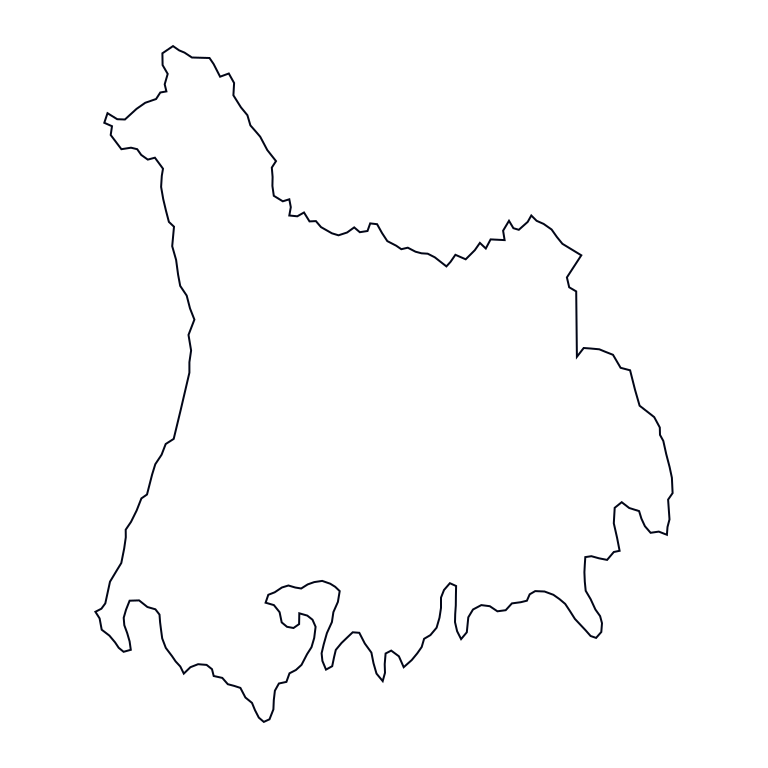 outline of Antônio Olinto, Paraná, Brazil
{"feature_id": "56859067B14097519009978", "entity_name": "Antônio Olinto", "entity_type": "district", "adm_level": 2, "iso_a3": "BRA", "parent_name": "Brazil", "parent_adm1": "Paraná", "projection": "equal_earth", "projection_center": [-50.135, -25.945], "detail": "fine", "context": "isolated", "style": "outline", "palette": "ink", "viewbox_px": 768, "rotation_deg": 0, "n_neighbors": 0, "source": "geoboundaries", "source_scale": "gbopen_adm2", "svg_char_len": 3912}
<svg xmlns="http://www.w3.org/2000/svg" viewBox="0 0 768 768"><path d="M619.6,550.8L617.1,537.9L613.8,523.3L614.7,507.8L621.7,502.2L629.2,508.0L639.1,511.1L641.4,518.6L644.9,526.2L650.6,532.8L658.8,531.6L666.9,534.8L667.5,527.0L669.5,519.4L668.1,499.6L672.6,493.1L671.9,477.8L669.6,467.0L666.2,454.0L663.3,440.9L660.0,434.9L659.8,427.5L654.2,417.1L639.6,405.7L635.0,389.7L630.1,370.3L620.6,367.8L613.0,354.8L605.1,351.7L599.3,349.3L590.5,348.5L583.7,348.0L576.9,356.8L576.2,291.4L569.2,287.3L566.9,277.4L581.3,255.3L562.4,243.8L556.9,237.0L551.6,229.5L543.6,223.9L536.6,220.8L531.3,215.5L527.7,221.9L518.8,229.8L513.4,228.2L509.0,220.8L503.1,230.7L504.6,240.1L490.6,239.4L485.8,248.5L479.9,242.9L474.8,250.2L465.7,259.3L455.4,254.8L450.5,261.9L446.4,266.4L434.8,257.3L427.7,253.7L421.5,253.3L415.5,251.7L407.8,247.7L401.3,249.2L396.2,245.7L387.3,241.1L382.0,233.0L377.1,224.2L370.2,223.4L367.5,231.0L359.8,232.2L354.2,227.4L347.1,232.5L338.5,235.3L331.9,233.3L321.0,227.1L315.9,221.1L309.5,221.4L304.0,212.5L297.3,216.3L289.3,215.5L290.8,207.2L289.3,199.3L282.8,201.3L273.8,195.8L272.4,185.9L272.6,177.0L271.8,167.6L276.0,161.1L267.3,150.1L260.2,136.7L254.8,130.4L250.4,125.4L247.4,115.2L240.9,107.3L233.4,95.3L234.1,83.0L228.8,73.5L220.1,76.7L213.6,64.0L209.5,58.0L191.9,57.5L184.5,52.6L179.2,50.4L173.0,46.1L162.4,53.3L162.6,65.1L167.7,73.9L164.7,84.3L166.4,91.4L160.3,92.5L156.1,99.0L145.2,102.8L136.5,108.9L124.9,119.5L117.2,119.2L107.5,113.2L104.3,122.8L112.0,126.2L110.7,135.0L121.4,149.2L131.0,147.7L137.2,149.2L141.2,154.9L147.8,159.6L154.9,157.7L163.0,168.7L161.8,175.8L161.1,186.9L163.2,199.0L166.0,210.8L168.9,221.9L174.0,226.7L172.2,246.2L176.1,259.9L178.1,274.7L180.2,285.9L186.7,295.6L190.0,308.4L194.4,319.6L188.5,334.9L191.1,350.5L189.4,362.2L189.4,372.7L180.8,409.5L173.7,438.9L165.7,444.0L161.6,454.7L155.3,464.2L152.1,474.6L147.0,494.5L141.4,498.4L136.6,510.6L131.0,521.9L125.7,529.7L125.8,537.3L124.2,548.4L121.3,563.0L116.9,570.2L110.0,581.7L105.3,603.4L101.4,608.7L95.4,611.8L99.6,618.4L101.7,629.7L109.4,635.6L115.1,642.4L118.7,647.8L123.6,651.8L130.8,649.8L129.6,641.4L127.2,633.1L124.3,625.2L123.7,617.8L126.0,609.8L129.6,600.7L139.1,600.4L147.4,607.0L155.4,609.3L159.5,614.6L160.1,622.4L161.0,629.5L162.2,638.4L165.8,647.9L172.0,656.1L175.6,661.4L180.3,666.5L183.8,673.6L190.4,667.2L198.1,664.2L206.6,664.9L212.0,669.2L213.7,676.0L222.3,677.9L227.8,684.2L234.2,685.9L240.4,687.9L245.4,697.5L252.0,702.9L255.0,710.2L258.8,717.6L263.8,721.9L269.5,719.3L273.4,709.4L273.8,700.1L274.9,690.7L278.9,683.5L286.4,681.9L289.5,673.3L295.9,670.0L301.5,664.9L307.1,654.1L311.5,647.2L314.2,638.0L315.6,626.8L312.5,619.7L307.3,615.6L299.3,613.3L299.1,624.1L293.5,628.0L287.0,626.8L281.7,622.4L279.6,612.2L273.9,605.1L265.6,602.7L268.3,594.8L274.7,592.3L281.9,587.5L288.4,585.5L295.2,587.5L301.2,588.5L307.7,584.4L314.2,582.1L322.2,580.9L330.2,583.7L335.2,586.8L339.7,591.1L337.9,601.9L333.4,612.1L331.9,622.1L326.9,633.1L323.7,644.4L321.6,653.3L322.4,660.9L326.0,669.6L332.2,666.2L334.1,657.0L335.8,649.9L341.5,643.0L347.1,637.6L352.7,632.3L359.3,632.8L364.8,643.5L371.4,652.6L373.5,663.2L376.5,673.6L382.7,681.1L385.0,672.8L384.7,664.2L385.6,653.5L391.2,650.6L398.9,656.3L403.7,667.2L411.7,660.1L417.3,653.3L421.7,647.0L424.1,638.8L430.4,635.1L436.6,627.7L439.5,617.7L441.0,607.9L441.0,597.6L444.0,590.0L449.9,583.2L456.1,586.0L455.9,596.3L455.8,605.4L455.2,614.1L455.0,622.1L457.1,631.2L461.1,639.1L466.8,632.3L468.3,617.3L473.0,609.5L481.3,605.1L489.8,606.2L497.4,611.3L505.7,610.2L511.9,603.4L520.8,602.2L526.9,600.7L529.7,594.3L535.2,591.1L544.5,591.5L553.4,594.8L559.5,599.1L565.2,603.9L569.9,611.0L574.9,618.9L579.4,623.7L585.6,630.3L590.6,636.0L596.1,637.9L601.3,632.0L602.0,623.2L600.1,616.1L595.4,609.5L590.6,599.1L585.7,590.8L584.8,581.7L584.4,572.2L584.8,564.7L585.3,557.1L591.4,556.2L599.0,558.3L607.1,559.9L613.8,552.0L619.6,550.8Z" fill="none" stroke="#020617" stroke-width="2"/></svg>